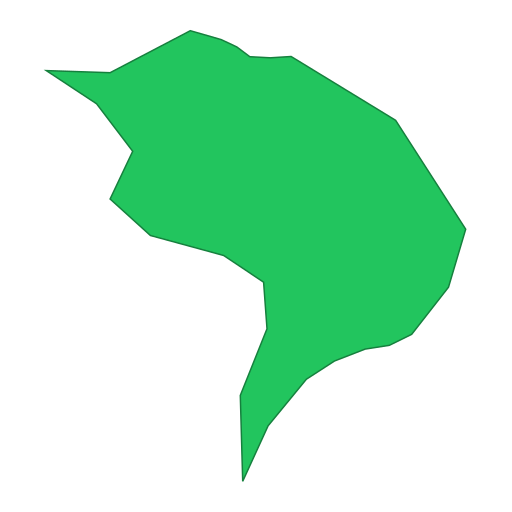 an SVG outline of Kween
{"feature_id": "UGA-5612", "entity_name": "Kween", "entity_type": "District", "adm_level": 1, "iso_a3": "UGA", "parent_name": "Uganda", "parent_adm1": "", "projection": "mercator", "projection_center": [34.563, 1.396], "detail": "fine", "context": "isolated", "style": "filled", "palette": "green", "viewbox_px": 512, "rotation_deg": 0, "n_neighbors": 0, "source": "natural_earth", "source_scale": "10m", "svg_char_len": 456}
<svg xmlns="http://www.w3.org/2000/svg" viewBox="0 0 512 512"><path d="M190.3,30.7L221.2,39.6L236.9,47.0L249.8,56.7L270.3,57.8L291.1,56.5L345.0,89.4L395.6,120.3L465.7,229.2L448.5,287.2L411.7,334.3L389.4,345.3L365.1,349.1L334.5,361.0L306.4,379.2L268.1,425.8L242.7,481.3L240.3,395.4L267.0,328.8L263.6,282.2L223.7,255.5L150.4,235.5L110.1,199.0L132.7,151.3L96.6,103.8L46.3,70.6L110.1,72.7L190.3,30.7Z" fill="#22c55e" stroke="#15803d" stroke-width="1.5"/></svg>